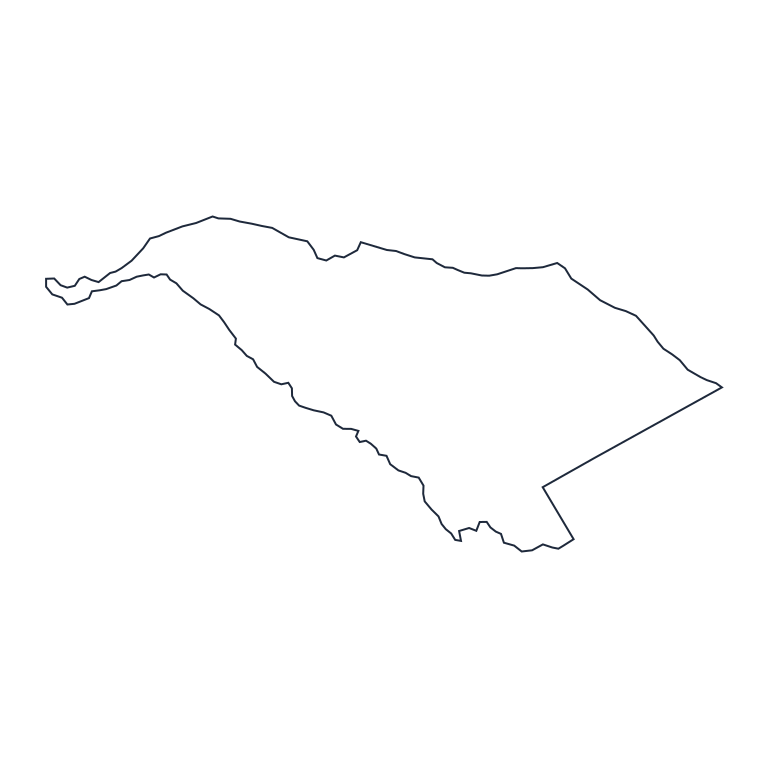 Itambé, Pernambuco, Brazil
{"feature_id": "56859067B35011638421862", "entity_name": "Itambé", "entity_type": "district", "adm_level": 2, "iso_a3": "BRA", "parent_name": "Brazil", "parent_adm1": "Pernambuco", "projection": "mercator", "projection_center": [-35.181, -7.461], "detail": "fine", "context": "isolated", "style": "outline", "palette": "slate", "viewbox_px": 768, "rotation_deg": 0, "n_neighbors": 0, "source": "geoboundaries", "source_scale": "gbopen_adm2", "svg_char_len": 2065}
<svg xmlns="http://www.w3.org/2000/svg" viewBox="0 0 768 768"><path d="M52.3,294.4L62.0,297.7L67.4,304.5L74.5,303.8L89.0,298.1L91.9,291.3L99.6,290.3L106.2,289.1L116.4,285.5L121.6,281.2L129.5,280.0L136.7,276.7L143.2,275.4L148.8,274.5L154.0,277.5L160.6,274.3L166.6,274.5L170.1,279.6L176.4,283.3L182.8,290.7L188.8,295.0L193.4,298.3L200.6,304.4L209.3,309.0L219.0,315.4L224.1,322.2L229.3,330.0L235.9,338.6L235.1,344.6L241.7,350.1L246.8,355.9L253.1,359.3L257.1,366.9L265.5,373.6L274.0,381.8L281.3,384.3L288.3,382.8L291.9,388.3L292.1,396.0L295.0,401.3L299.1,405.6L305.5,407.8L313.7,410.3L323.6,412.4L331.3,415.7L336.0,424.5L343.0,428.8L351.2,428.9L358.4,430.9L356.0,436.5L359.7,442.0L366.0,440.7L370.9,443.8L376.3,448.6L379.0,454.5L386.5,455.8L390.2,464.2L398.4,470.4L405.6,472.8L411.0,476.1L418.7,477.6L423.5,485.6L423.2,493.8L424.7,501.4L431.6,509.6L438.5,516.4L441.6,524.0L445.8,529.2L451.2,533.5L455.2,539.9L461.0,540.9L459.1,531.0L469.1,528.0L476.3,530.8L479.7,522.0L486.7,521.9L490.4,527.4L495.8,531.6L501.0,533.9L503.9,542.7L514.2,545.6L521.7,551.5L532.1,550.3L542.9,544.4L552.3,547.5L558.4,548.7L563.2,545.8L573.6,539.2L542.7,487.2L593.7,458.4L721.9,387.4L716.1,383.2L706.8,380.1L700.5,377.1L687.7,369.7L679.8,360.2L672.3,354.5L663.4,348.7L657.6,341.7L653.7,335.5L636.0,315.8L625.8,311.1L614.9,307.8L600.1,300.2L587.7,289.5L571.3,278.6L565.0,268.3L557.2,263.0L542.9,267.2L532.9,268.1L522.1,268.3L516.0,268.1L497.2,274.3L489.2,275.7L481.8,275.5L470.9,273.3L464.3,272.7L457.7,270.0L452.8,267.8L444.9,267.3L436.7,263.0L432.5,259.3L414.7,257.4L404.4,254.1L396.0,251.0L386.9,250.0L360.8,242.2L357.2,250.2L343.9,257.4L334.9,255.6L326.3,260.5L317.4,258.1L313.7,249.8L307.3,241.3L288.8,237.3L272.2,227.9L262.0,226.0L251.7,223.7L239.6,221.5L230.5,218.8L218.4,218.4L212.6,216.5L196.1,223.0L182.4,226.4L166.0,232.7L158.9,236.1L150.0,238.5L143.2,248.3L131.6,260.7L121.6,268.1L115.6,271.6L110.1,273.0L98.6,282.1L91.5,280.0L84.7,276.7L79.3,279.0L74.8,285.8L67.2,287.6L60.6,285.2L54.2,278.5L46.1,278.8L46.1,286.8L52.3,294.4Z" fill="none" stroke="#1e293b" stroke-width="2"/></svg>